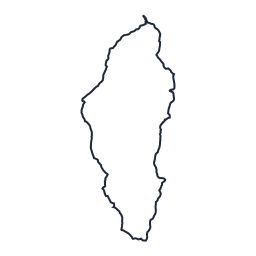 the district of Stanceni, Mures, Romania
{"feature_id": "2599482B71478398242388", "entity_name": "Stanceni", "entity_type": "district", "adm_level": 2, "iso_a3": "ROU", "parent_name": "Romania", "parent_adm1": "Mures", "projection": "orthographic", "projection_center": [25.249, 46.944], "detail": "fine", "context": "isolated", "style": "outline", "palette": "slate", "viewbox_px": 256, "rotation_deg": 0, "n_neighbors": 0, "source": "geoboundaries", "source_scale": "gbopen_adm2", "svg_char_len": 5843}
<svg xmlns="http://www.w3.org/2000/svg" viewBox="0 0 256 256"><path d="M145.8,240.6L146.6,239.3L146.9,238.5L147.1,237.9L147.2,237.0L147.2,236.5L146.9,234.6L147.1,233.9L147.3,232.5L147.7,231.9L149.2,230.1L150.3,227.7L150.3,226.2L150.1,225.1L150.1,224.3L150.0,222.6L150.1,221.3L150.3,220.8L150.5,220.1L150.8,219.8L152.6,218.8L153.1,218.2L153.5,217.5L153.7,216.5L154.4,215.4L155.3,213.7L155.6,212.7L155.8,211.5L155.8,209.0L155.5,207.0L155.5,206.6L155.8,204.1L155.9,203.4L155.8,202.1L155.9,201.9L156.7,201.3L157.5,200.4L157.7,199.9L157.7,199.3L157.8,199.0L160.1,196.1L160.7,194.2L160.7,193.4L160.5,192.6L159.9,191.7L159.4,190.7L159.3,190.2L160.2,189.3L160.4,188.5L160.9,187.5L161.3,186.5L161.5,185.7L161.9,185.2L162.0,183.9L162.0,183.3L162.1,182.9L162.4,182.6L163.2,182.1L164.4,181.2L164.9,180.6L165.3,179.8L165.3,179.7L165.1,179.5L163.7,178.3L161.7,178.1L161.0,178.1L159.4,177.9L158.9,177.6L158.4,177.2L157.6,176.1L157.4,175.5L157.3,175.2L157.2,173.6L156.7,172.9L156.5,172.4L156.5,169.9L156.3,168.7L155.8,167.0L155.2,166.3L154.7,165.1L154.3,164.4L154.1,163.8L154.0,162.7L155.0,158.7L155.3,155.4L156.1,153.6L156.6,153.1L157.7,152.4L158.0,151.2L158.1,150.6L159.4,147.7L159.5,147.3L159.5,146.6L159.8,145.7L159.8,145.0L160.0,144.0L160.0,143.1L160.1,142.4L160.1,141.7L160.3,140.4L160.3,139.7L160.4,139.3L160.3,138.5L160.4,137.5L160.5,136.5L160.4,135.3L160.1,134.7L160.0,134.1L160.1,133.7L160.7,132.6L160.5,131.5L160.6,131.2L160.5,130.8L160.5,130.6L160.9,130.1L161.0,129.7L160.5,128.8L160.3,128.3L160.1,127.7L160.2,126.7L160.3,126.0L160.9,124.9L161.8,123.9L161.8,123.6L162.4,123.1L162.9,122.8L162.9,122.3L163.4,122.1L163.6,121.8L164.1,121.5L164.5,120.8L165.0,120.4L164.7,120.1L164.9,119.6L166.4,119.2L167.4,118.4L168.0,118.1L169.0,117.8L169.8,117.6L169.8,117.1L169.7,116.3L169.7,115.3L169.6,114.8L169.3,114.4L168.5,113.9L168.1,113.4L168.1,112.6L168.3,111.6L168.4,110.4L168.7,109.2L168.9,107.8L169.4,106.9L170.1,104.1L170.7,102.9L171.1,102.4L172.3,101.7L172.8,101.3L173.7,100.2L174.0,99.3L174.1,98.6L173.7,96.7L173.7,95.7L173.5,94.9L173.5,94.0L173.4,93.4L173.0,92.8L172.9,92.3L172.7,92.1L170.3,91.3L169.8,91.0L169.7,90.7L169.9,90.4L170.1,90.3L171.1,89.7L173.3,89.4L174.1,88.6L174.4,88.0L174.5,86.2L174.4,85.7L174.5,85.4L174.4,85.0L174.4,83.4L174.0,82.1L174.0,81.2L173.5,79.6L173.6,78.9L173.2,77.6L173.3,76.0L173.5,75.3L174.0,74.5L174.1,74.2L172.8,73.7L172.4,73.1L171.1,71.8L170.8,70.8L170.3,70.1L169.4,69.5L168.5,68.5L168.1,68.4L166.7,68.8L165.9,68.8L164.5,67.6L163.8,66.5L163.5,65.7L163.5,65.2L163.7,64.7L163.5,64.1L161.9,62.1L160.9,60.9L159.8,59.2L158.3,57.9L157.2,56.1L156.8,55.4L156.4,54.8L156.5,54.6L156.8,54.1L158.5,51.9L158.9,51.1L159.2,50.0L159.3,48.9L159.9,45.8L160.1,42.3L159.9,41.8L159.1,41.1L159.2,40.2L159.5,39.3L159.7,36.7L160.0,36.3L160.1,35.5L160.2,34.2L160.1,33.6L159.8,32.9L158.7,30.9L157.5,29.3L156.9,28.9L155.7,28.3L154.7,27.3L154.6,26.9L154.5,25.9L154.2,25.1L153.5,24.4L152.9,24.0L151.8,24.0L151.4,23.8L148.7,22.8L148.0,22.7L147.8,22.6L146.9,21.5L146.5,20.4L146.1,19.0L145.7,18.2L143.9,16.1L143.0,15.4L143.3,16.1L144.1,17.1L144.7,18.1L144.9,18.7L145.8,20.0L145.7,20.7L145.5,21.7L145.6,22.5L145.8,23.0L145.9,23.7L145.0,24.1L144.9,24.3L143.1,25.1L140.9,25.6L140.3,25.9L139.8,26.7L139.5,27.9L138.9,28.6L138.0,29.1L136.1,29.5L135.7,29.8L135.0,30.5L133.8,31.4L132.5,31.6L131.4,32.1L131.0,32.2L130.3,32.7L129.5,33.7L128.8,34.3L128.2,34.5L126.3,34.8L125.9,35.0L125.0,35.1L123.8,35.3L123.2,35.7L121.4,37.3L120.8,38.6L119.8,40.1L119.2,40.5L118.5,40.7L118.2,41.1L117.6,41.6L117.4,41.6L117.4,41.8L116.8,42.4L115.6,45.1L114.7,46.1L114.1,46.5L113.7,47.2L113.2,47.8L113.0,48.0L112.5,48.1L110.5,48.4L109.8,49.2L109.7,49.5L109.5,51.0L109.6,51.4L109.5,52.4L108.9,53.8L108.9,54.2L108.3,55.5L108.2,56.5L108.4,57.4L108.4,58.3L108.2,59.1L107.6,59.7L106.6,60.3L105.8,63.5L105.6,65.0L106.3,66.0L106.9,66.6L106.2,68.1L106.1,69.2L105.5,70.2L103.3,75.1L103.3,77.5L102.9,78.9L102.9,80.0L101.7,81.6L99.9,82.9L99.0,84.1L97.9,86.1L97.1,86.3L96.1,87.0L95.2,87.8L94.1,89.0L93.6,89.3L93.2,89.7L93.0,90.3L89.2,93.7L87.6,94.6L84.4,97.5L83.4,98.0L82.5,98.9L82.3,99.4L82.3,100.4L82.6,100.7L82.7,101.1L83.9,101.4L84.2,101.7L84.7,102.4L83.4,104.1L83.1,104.7L82.9,106.3L81.6,109.9L81.7,110.9L81.5,112.2L81.7,113.1L82.6,115.2L82.6,116.2L83.6,118.0L84.2,118.7L84.5,119.3L85.1,121.4L86.2,121.6L87.6,122.9L89.6,125.3L90.0,126.2L90.2,127.1L90.8,129.3L91.5,130.9L91.8,132.3L91.9,135.7L91.5,136.5L91.9,137.8L91.1,142.3L90.8,148.1L92.7,154.4L93.6,156.5L93.9,158.0L96.8,159.2L97.9,160.0L98.0,161.5L98.2,162.0L98.7,162.7L99.6,163.5L99.9,164.1L100.8,164.7L100.9,165.0L101.3,166.8L101.5,167.3L102.8,169.5L103.7,170.7L105.1,172.3L107.7,174.4L107.1,175.7L105.3,178.5L105.3,179.1L105.5,179.7L105.3,180.3L104.8,181.2L104.8,181.6L105.1,182.6L105.0,183.1L104.9,183.5L104.9,183.9L105.0,184.2L105.0,184.8L105.2,185.5L105.2,185.9L104.7,186.7L104.1,186.8L102.9,187.7L102.4,188.6L102.5,188.8L103.3,189.3L103.9,190.2L104.4,191.9L104.6,192.7L104.6,193.1L104.8,193.2L105.3,194.9L105.8,195.7L106.0,196.0L106.5,196.1L107.1,196.0L107.6,196.0L108.3,197.1L108.5,197.8L109.5,199.6L110.1,201.0L110.8,202.1L111.2,202.5L113.4,203.3L113.9,203.4L114.1,204.2L114.2,205.5L114.1,206.1L113.8,206.6L113.8,206.8L113.9,207.1L113.7,207.2L114.7,207.5L115.5,207.9L115.7,208.2L116.6,208.7L117.2,209.5L119.2,211.2L119.7,212.1L119.7,212.8L120.2,213.4L120.4,213.5L121.3,214.8L121.3,215.0L121.8,216.0L121.9,216.6L122.3,217.4L122.2,220.6L122.1,221.6L122.4,222.6L122.4,223.5L122.1,224.5L122.0,226.3L121.6,228.3L121.6,228.8L121.3,229.6L121.8,230.2L123.1,230.3L123.8,230.6L125.2,231.6L126.0,231.9L126.8,232.5L127.2,232.6L129.0,233.8L129.8,234.7L130.6,235.4L130.8,236.0L131.4,236.4L131.8,236.8L132.5,238.5L132.9,238.8L133.3,238.8L135.0,238.3L135.7,238.3L136.7,238.6L138.3,239.4L138.6,239.4L139.4,239.1L140.0,239.2L140.9,238.6L141.6,239.3L142.7,240.3L143.5,240.5L145.8,240.6Z" fill="none" stroke="#1e293b" stroke-width="2"/></svg>